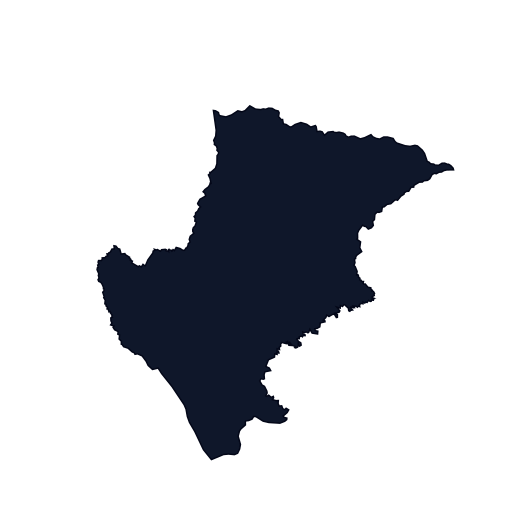 Yan Ta Khao, Trang, Thailand (Robinson projection), rotated 307°
{"feature_id": "78962969B81181946303710", "entity_name": "Yan Ta Khao", "entity_type": "district", "adm_level": 2, "iso_a3": "THA", "parent_name": "Thailand", "parent_adm1": "Trang", "projection": "robinson", "projection_center": [99.737, 7.427], "detail": "fine", "context": "isolated", "style": "filled", "palette": "ink", "viewbox_px": 512, "rotation_deg": 307, "n_neighbors": 0, "source": "geoboundaries", "source_scale": "gbopen_adm2", "svg_char_len": 6157}
<svg xmlns="http://www.w3.org/2000/svg" viewBox="0 0 512 512"><g transform="rotate(307 256 256)"><path d="M66.6,342.9L77.9,349.5L81.3,353.2L84.4,358.3L87.4,360.0L91.9,359.1L96.1,357.0L101.3,350.2L106.3,348.1L108.8,348.0L114.7,349.2L117.3,347.2L118.2,347.1L120.1,349.1L123.3,351.0L126.4,350.7L127.7,352.6L128.4,361.1L130.8,366.5L136.9,375.7L141.3,378.4L143.8,379.0L145.1,378.2L144.0,375.6L144.6,374.0L149.7,375.1L152.8,374.7L152.5,371.7L150.9,371.5L150.3,370.6L150.2,369.2L151.8,366.7L150.1,364.8L151.5,362.4L154.0,360.8L152.5,359.0L151.2,355.5L153.4,355.4L154.3,354.3L152.2,353.1L152.5,349.9L150.4,349.1L150.2,347.9L153.3,347.3L154.6,346.0L157.0,341.2L156.6,338.5L158.5,334.1L161.2,333.9L161.9,335.9L163.0,336.6L166.0,333.9L168.9,332.8L173.3,336.7L174.5,334.1L173.7,330.3L180.6,328.4L186.4,331.6L189.1,329.9L190.1,332.0L190.9,330.8L192.4,332.7L193.5,331.1L192.6,330.2L194.7,328.7L195.5,331.0L196.9,329.5L198.9,330.0L200.6,328.6L202.5,328.7L204.3,333.1L204.9,333.3L205.5,331.9L206.8,332.6L205.4,333.8L204.5,336.0L205.6,337.7L206.0,336.4L205.4,335.5L207.0,334.4L207.4,334.7L206.3,338.3L207.3,341.5L207.2,342.2L206.2,342.1L206.5,343.1L208.3,344.1L210.9,343.6L210.3,345.1L212.0,345.7L213.6,344.0L213.5,342.6L211.8,342.3L213.4,341.4L214.0,338.6L214.8,338.6L216.0,340.3L217.4,339.2L219.4,340.4L219.4,341.7L220.8,341.5L222.0,343.1L222.6,342.5L221.8,340.5L223.5,339.0L223.8,340.7L225.6,341.7L225.9,343.7L226.8,344.0L229.9,343.1L228.2,347.2L230.8,352.1L233.2,350.6L232.0,348.3L233.3,346.7L234.9,348.3L237.8,349.6L241.2,347.6L245.0,350.7L245.8,349.8L245.3,348.3L248.9,348.8L251.3,348.0L251.6,350.7L255.1,352.1L256.7,353.5L255.2,357.2L256.0,357.9L258.2,356.3L258.0,353.6L261.1,356.2L262.6,356.0L263.8,351.2L265.0,354.6L267.2,353.2L267.8,355.5L270.0,355.4L270.4,356.0L269.9,361.2L268.1,363.0L268.3,364.2L269.6,364.3L271.0,365.6L271.6,362.5L272.7,362.6L273.2,364.9L274.0,365.7L274.5,363.7L276.2,366.3L276.1,367.8L277.7,368.0L278.0,369.3L279.6,367.8L281.5,368.7L282.2,370.2L283.7,369.1L283.9,371.2L285.1,371.2L285.8,372.7L288.2,372.6L288.5,374.6L289.1,375.2L290.4,374.8L291.6,376.9L291.3,375.5L292.4,375.8L292.3,374.5L293.1,375.3L292.8,374.2L293.4,373.3L295.6,374.2L296.3,373.3L297.3,373.3L298.2,371.6L298.3,370.2L297.8,369.5L298.6,369.3L298.9,367.4L299.7,366.8L298.4,364.2L299.4,360.1L298.6,359.3L298.6,357.9L300.3,357.2L299.2,355.5L299.9,354.5L299.4,353.1L300.8,352.4L300.7,350.4L301.6,350.1L302.4,348.7L301.5,347.7L304.6,346.0L307.2,341.6L307.4,339.9L310.2,339.1L312.7,336.5L313.9,337.1L315.4,336.1L317.6,336.1L323.1,337.8L325.0,333.9L330.2,331.0L330.1,326.4L331.3,326.5L335.4,323.3L338.3,322.6L344.8,322.6L344.9,324.6L345.7,326.1L345.1,329.5L348.0,331.2L351.0,331.3L353.8,328.3L356.3,328.7L360.8,325.9L363.9,326.3L364.9,328.0L367.2,329.5L371.0,327.5L372.5,328.8L376.1,329.6L378.9,332.2L384.1,333.2L385.2,334.1L385.7,335.5L391.0,335.7L394.4,337.0L395.8,336.4L398.2,337.3L399.6,339.0L404.3,338.5L405.9,340.5L407.4,339.6L413.3,342.0L415.2,344.4L417.0,344.7L419.7,347.5L422.3,348.3L427.1,347.6L429.6,348.9L430.1,350.4L433.1,351.8L434.8,353.7L437.2,354.6L439.6,356.6L443.7,361.9L444.8,360.5L445.4,357.2L445.2,354.6L444.5,353.8L443.7,350.8L442.0,348.7L438.4,347.3L436.3,344.2L436.4,342.7L434.7,339.9L435.1,337.9L434.6,335.8L439.3,328.9L440.6,325.1L441.1,318.7L440.0,316.3L436.3,313.1L433.8,308.8L430.9,300.3L431.1,298.0L432.4,294.8L430.2,289.5L427.9,286.4L423.8,284.4L422.2,281.1L421.5,277.6L422.1,274.8L415.9,271.6L412.3,268.8L410.9,262.4L408.8,259.8L406.6,258.5L406.0,255.6L406.8,254.0L406.6,251.7L404.9,247.8L402.8,245.8L401.6,243.5L401.8,242.7L398.3,239.0L393.6,238.0L395.0,234.1L394.2,232.0L392.1,229.8L395.5,226.2L395.9,224.9L391.9,222.1L391.7,217.2L389.6,211.5L384.6,208.1L380.6,206.7L379.4,205.4L379.2,201.0L378.0,198.3L381.0,195.1L380.1,194.1L380.9,190.1L384.3,188.3L385.2,186.5L384.0,183.6L383.6,180.0L381.7,177.1L379.1,175.5L377.8,173.2L375.8,171.7L373.0,167.2L372.2,160.7L365.5,159.8L362.7,158.0L361.0,154.1L354.0,151.6L349.0,148.3L346.3,142.7L346.6,141.2L348.0,139.7L347.6,136.3L346.6,134.4L332.5,148.5L327.5,151.7L322.9,152.6L321.4,154.8L320.0,155.6L320.0,158.2L318.6,160.3L316.9,161.2L316.5,163.6L314.6,164.6L312.7,164.5L306.1,169.3L301.6,170.8L295.7,169.6L295.0,168.8L294.3,169.7L292.1,169.2L290.2,172.7L287.0,176.3L286.5,175.5L285.7,176.1L282.6,176.4L278.3,175.2L275.5,175.1L275.4,177.3L273.7,179.7L267.6,177.1L262.9,177.7L262.2,178.8L261.8,182.2L259.3,181.8L256.7,182.4L254.1,181.8L252.0,183.1L250.2,182.8L249.6,184.7L247.0,186.2L247.3,188.0L243.1,189.3L241.0,188.9L239.0,189.6L237.5,190.8L236.8,192.7L232.2,191.6L229.1,192.7L227.6,194.9L224.8,194.5L223.8,195.3L220.7,195.9L220.3,195.3L217.5,195.5L216.5,194.1L216.3,190.9L214.8,187.1L211.2,187.6L211.2,185.9L209.3,185.9L209.6,184.7L208.7,183.4L209.0,182.5L208.1,182.3L207.1,183.3L207.2,182.5L206.3,182.2L206.0,180.8L207.0,180.5L206.8,179.6L204.2,176.8L202.3,176.8L201.8,173.3L200.9,172.9L200.2,170.8L199.6,171.7L198.0,170.9L196.4,171.8L187.8,172.0L181.8,173.5L181.3,173.2L181.3,170.8L178.3,171.0L177.9,168.7L176.6,168.5L175.7,160.9L177.5,160.4L177.1,158.1L178.0,158.0L178.1,156.0L178.9,155.8L178.5,151.1L179.0,149.8L176.4,147.1L179.5,143.0L178.8,141.2L179.6,138.2L178.7,136.4L176.4,138.6L174.9,136.8L171.4,137.3L169.8,136.5L169.1,136.9L168.0,135.7L166.8,137.6L165.6,136.5L163.8,136.4L161.9,134.3L161.0,135.1L159.4,135.3L157.6,133.0L156.0,133.6L154.7,135.5L153.5,135.0L151.9,136.9L151.2,136.4L149.4,137.3L147.0,141.5L145.8,141.6L143.9,143.9L142.0,144.1L141.1,145.7L141.6,148.0L140.9,150.0L139.3,152.9L138.1,153.8L138.4,154.3L136.9,155.5L134.8,155.4L132.2,159.2L131.1,159.4L130.0,162.2L126.8,164.1L127.2,165.5L125.9,166.2L125.7,168.2L124.1,168.9L124.6,169.9L122.9,172.3L123.9,172.9L123.5,174.0L122.9,174.1L122.1,177.0L121.3,177.0L120.6,178.2L119.2,177.3L116.9,179.2L115.8,181.3L113.5,181.4L114.6,184.7L113.0,184.8L112.0,187.5L112.7,191.4L110.4,192.7L110.8,194.6L107.3,196.7L106.9,199.8L104.5,201.5L104.8,202.3L103.9,204.9L105.4,209.3L104.9,215.0L105.5,216.7L104.7,218.5L106.6,220.3L107.7,225.2L105.8,231.7L103.7,235.7L103.1,241.6L107.6,245.3L105.3,251.5L101.2,267.5L94.0,288.1L91.6,292.3L86.5,297.8L83.1,303.0L79.0,312.8L69.7,330.6L66.6,342.9Z" fill="#0f172a" stroke="#020617" stroke-width="1.5"/></g></svg>